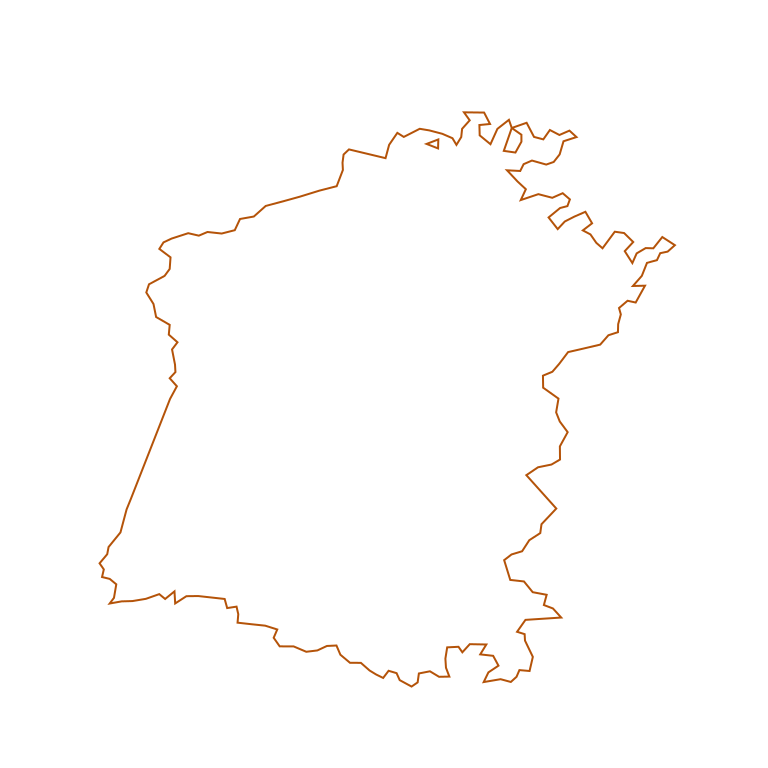 Não-Me-Toque, Rio Grande do Sul, Brazil, rotated 283°
{"feature_id": "56859067B13255283140356", "entity_name": "Não-Me-Toque", "entity_type": "district", "adm_level": 2, "iso_a3": "BRA", "parent_name": "Brazil", "parent_adm1": "Rio Grande do Sul", "projection": "natural_earth1", "projection_center": [-52.81, -28.462], "detail": "fine", "context": "isolated", "style": "outline", "palette": "amber", "viewbox_px": 768, "rotation_deg": 283, "n_neighbors": 0, "source": "geoboundaries", "source_scale": "gbopen_adm2", "svg_char_len": 2900}
<svg xmlns="http://www.w3.org/2000/svg" viewBox="0 0 768 768"><g transform="rotate(283 384 384)"><path d="M108.4,166.1L113.2,177.3L115.9,187.7L121.1,200.3L128.7,212.3L125.3,219.1L134.8,226.5L123.2,229.9L132.8,239.2L135.6,250.7L138.7,277.1L130.4,281.6L133.9,290.4L126.9,293.8L118.5,295.0L120.1,308.8L121.8,322.6L120.8,335.2L111.9,333.6L104.9,341.4L108.0,354.9L105.6,368.5L109.4,379.0L115.9,387.3L118.5,396.5L110.4,402.4L104.7,413.6L107.1,424.2L101.6,434.4L99.2,441.6L97.4,449.3L105.6,453.0L105.1,461.3L99.0,465.9L95.4,478.9L100.8,483.9L109.8,483.1L114.4,493.4L111.1,503.5L113.6,513.5L121.5,508.2L130.2,505.6L141.6,504.8L144.7,515.7L140.2,520.7L149.8,526.1L153.2,542.3L142.2,538.6L143.7,551.5L135.3,558.9L126.5,550.6L116.0,548.2L122.6,564.0L122.2,574.6L128.5,579.0L135.7,580.3L137.1,590.4L151.6,590.4L165.7,579.1L171.9,577.3L172.5,569.4L186.0,574.9L196.3,609.2L203.3,599.1L204.6,589.5L215.2,589.9L214.6,575.7L223.1,564.8L221.5,551.1L239.4,540.7L246.6,546.6L252.1,556.2L264.5,560.7L273.9,569.8L282.8,569.0L301.4,579.9L327.2,543.2L337.5,552.8L343.2,565.3L350.0,572.5L362.8,569.4L378.4,573.8L387.0,563.7L395.1,558.1L409.0,557.3L416.2,539.9L427.9,537.0L433.8,545.3L443.1,550.2L456.5,556.2L461.7,566.9L471.0,585.8L482.0,591.7L487.1,600.3L495.0,598.7L505.1,599.1L510.9,595.9L519.9,602.6L520.0,610.9L538.5,616.2L535.5,604.5L547.4,610.9L561.2,613.0L566.1,622.1L573.6,623.7L576.8,630.6L584.7,636.2L589.8,622.1L576.8,615.9L575.3,608.4L568.1,600.8L557.7,598.8L567.6,588.7L578.4,594.9L585.1,584.0L584.3,574.6L565.4,566.4L569.3,559.1L576.2,551.5L578.4,543.2L587.4,550.6L597.1,541.5L589.9,531.8L583.0,523.6L574.0,518.4L583.3,506.9L595.1,516.0L598.6,522.7L605.7,523.6L610.1,515.2L603.3,506.1L603.7,491.7L594.0,475.9L605.7,478.4L611.4,468.5L619.9,455.8L622.2,468.8L629.6,470.6L635.0,477.9L634.3,492.7L638.5,499.4L647.2,503.5L660.9,504.3L667.9,516.0L672.6,507.7L666.1,498.9L668.8,488.5L658.2,484.2L658.5,474.6L670.6,464.2L662.2,450.9L669.5,446.3L658.1,437.1L641.6,433.8L647.8,421.3L657.8,418.7L661.2,428.8L671.0,420.5L666.7,400.8L660.2,408.2L650.2,402.7L642.0,403.7L633.3,400.8L638.9,395.4L640.9,384.5L641.3,371.1L640.7,361.4L629.2,347.7L631.7,340.5L618.2,335.2L604.4,334.7L604.7,297.1L598.5,293.0L590.3,293.8L583.3,295.8L566.1,293.4L557.9,277.6L547.5,259.7L539.9,245.7L530.9,228.7L517.9,219.5L512.4,206.6L500.3,204.0L494.1,192.0L492.4,177.8L486.9,170.2L486.9,159.3L477.9,144.3L472.4,137.3L465.1,134.7L459.4,147.5L447.9,149.3L440.0,145.9L428.3,132.6L419.7,131.8L410.1,141.4L398.0,146.9L393.4,161.9L383.7,163.2L378.2,173.4L370.0,169.7L355.9,176.0L348.7,178.1L341.4,173.9L335.2,182.7L321.4,178.9L215.1,163.2L203.9,161.4L180.1,160.6L163.2,152.3L155.9,152.6L145.3,147.2L140.3,152.7L132.5,152.7L132.4,160.6L128.6,168.2L114.9,169.0L108.4,166.1ZM662.2,450.9L657.8,461.8L651.0,463.4L639.1,460.0L638.1,448.3L662.2,450.9ZM634.5,381.9L625.7,383.7L627.5,371.5L634.5,381.9Z" fill="none" stroke="#b45309" stroke-width="2"/></g></svg>